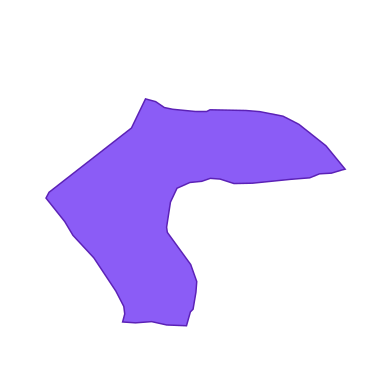 the district of Santa Clara La Laguna, Sololá, Guatemala, rotated 232°
{"feature_id": "79465075B26793890214768", "entity_name": "Santa Clara La Laguna", "entity_type": "district", "adm_level": 2, "iso_a3": "GTM", "parent_name": "Guatemala", "parent_adm1": "Sololá", "projection": "mercator", "projection_center": [-91.309, 14.72], "detail": "fine", "context": "isolated", "style": "filled", "palette": "violet", "viewbox_px": 384, "rotation_deg": 232, "n_neighbors": 0, "source": "geoboundaries", "source_scale": "gbopen_adm2", "svg_char_len": 732}
<svg xmlns="http://www.w3.org/2000/svg" viewBox="0 0 384 384"><g transform="rotate(232 192 192)"><path d="M294.0,212.7L279.7,183.7L279.8,79.2L277.1,73.2L247.0,73.5L231.1,71.5L200.6,74.1L160.8,71.0L143.8,67.8L137.3,63.9L132.3,57.3L123.7,66.9L114.7,80.4L102.8,90.2L90.0,105.3L98.5,116.9L99.0,120.7L110.6,133.4L118.5,140.6L135.6,146.3L175.4,147.7L179.9,150.3L197.3,168.8L204.2,182.5L200.8,196.2L194.4,206.3L191.5,214.8L184.9,222.1L172.8,230.3L161.7,245.1L141.4,277.3L130.7,293.5L127.8,303.7L121.0,313.5L117.1,323.6L115.7,326.7L145.9,326.0L179.5,317.9L195.7,310.4L213.6,294.9L223.1,284.6L245.7,256.8L246.4,253.1L253.4,244.2L269.1,227.7L275.6,222.2L285.6,219.0L294.0,212.7Z" fill="#8b5cf6" stroke="#5b21b6" stroke-width="1.5"/></g></svg>